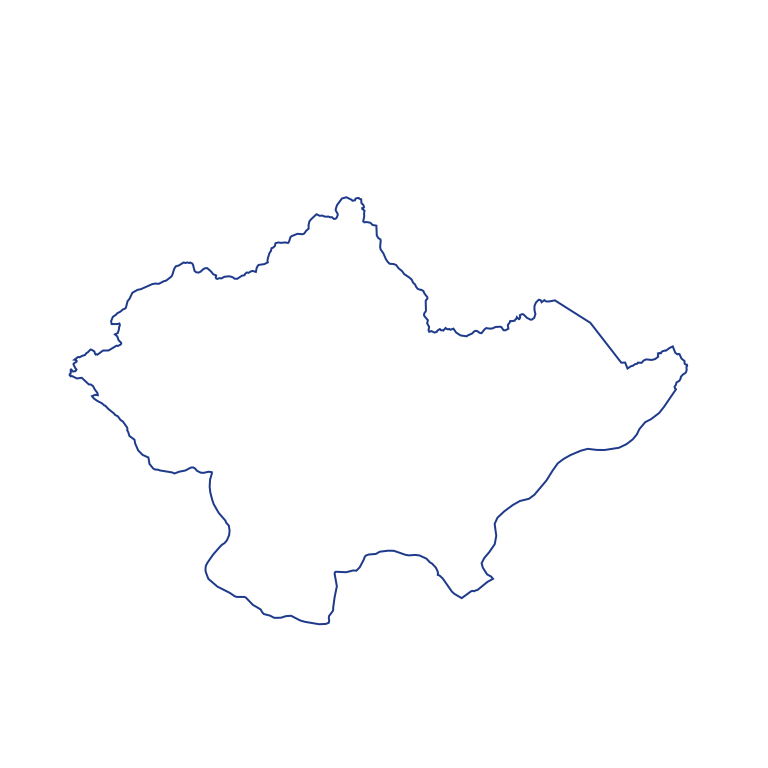 outline of Sela, Anseba, Eritrea, rotated 54°
{"feature_id": "51966322B36323877774800", "entity_name": "Sela", "entity_type": "district", "adm_level": 2, "iso_a3": "ERI", "parent_name": "Eritrea", "parent_adm1": "Anseba", "projection": "orthographic", "projection_center": [37.406, 16.89], "detail": "fine", "context": "isolated", "style": "outline", "palette": "blue", "viewbox_px": 768, "rotation_deg": 54, "n_neighbors": 0, "source": "geoboundaries", "source_scale": "gbopen_adm2", "svg_char_len": 6153}
<svg xmlns="http://www.w3.org/2000/svg" viewBox="0 0 768 768"><g transform="rotate(54 384 384)"><path d="M559.9,150.9L558.2,151.1L556.9,150.4L556.3,148.4L554.7,146.5L555.0,143.1L553.9,140.8L552.6,139.5L552.0,136.1L552.3,134.0L551.7,132.3L550.4,130.8L548.0,129.3L547.4,128.0L546.4,127.6L545.5,128.6L544.1,128.8L542.1,127.4L538.1,128.4L533.6,127.4L532.9,127.8L532.5,129.2L530.0,130.0L523.3,128.3L522.7,131.8L522.7,136.5L522.1,136.9L521.2,139.5L521.2,140.6L521.9,142.0L520.8,143.0L520.3,144.3L521.2,144.5L521.5,145.4L523.1,146.1L523.2,150.0L521.9,153.3L518.2,157.4L517.6,160.2L518.3,163.1L515.9,166.1L516.4,167.1L515.5,169.4L515.5,172.1L514.8,173.7L514.6,177.9L508.4,176.3L506.2,179.5L455.8,181.1L416.8,196.6L414.1,202.2L412.4,204.4L410.4,205.0L410.5,208.4L408.4,208.0L406.8,209.2L407.3,212.9L409.2,216.3L412.6,218.8L416.4,220.4L418.8,223.6L418.8,226.4L418.4,227.4L414.5,229.5L409.8,230.2L408.7,231.1L408.2,233.7L410.2,234.7L411.0,236.3L410.9,236.7L408.0,237.2L409.1,238.7L409.0,239.9L409.6,241.1L408.3,243.6L407.2,244.8L408.2,246.3L409.0,249.1L412.4,250.9L411.9,254.3L410.7,255.7L406.8,255.6L405.9,256.4L403.5,260.1L402.7,263.8L401.3,266.0L398.8,268.5L399.0,271.0L400.2,275.2L399.3,276.3L395.8,277.6L394.6,279.0L394.5,280.8L395.0,282.7L393.9,287.9L394.0,289.1L389.7,293.5L384.8,295.4L380.0,295.3L379.2,298.3L377.8,298.9L377.5,300.0L376.4,300.9L374.9,301.2L375.6,304.7L374.7,305.2L374.1,306.3L372.4,306.5L372.2,309.4L372.8,310.5L372.2,312.8L369.0,314.6L368.4,316.7L366.7,316.4L364.3,313.9L360.2,313.4L358.2,311.0L352.8,311.4L351.6,311.1L350.3,309.5L349.8,307.6L349.0,306.7L341.5,301.6L340.9,300.9L340.6,299.0L339.3,297.9L334.7,298.1L331.9,297.5L329.8,298.4L328.5,299.8L326.7,300.8L324.3,300.9L321.8,300.4L318.9,300.9L315.8,300.2L312.5,301.0L306.9,303.1L303.5,303.0L298.8,304.2L295.0,304.2L292.6,305.7L290.1,308.7L287.6,309.2L284.1,309.1L277.9,307.7L273.0,307.6L270.6,306.4L266.1,302.4L264.9,301.9L262.7,302.8L259.7,302.6L251.4,297.1L248.7,299.7L245.5,300.3L242.9,302.7L241.6,304.9L240.2,305.2L236.7,301.4L234.2,299.8L232.3,297.9L229.5,298.7L228.9,298.2L229.5,297.3L229.2,296.2L227.1,295.5L224.3,295.9L221.2,293.9L219.5,295.1L218.9,295.0L218.0,296.0L217.3,298.0L218.3,299.6L217.2,301.8L216.0,301.9L210.8,304.7L209.2,309.0L211.7,316.9L214.0,320.1L215.2,321.0L219.2,321.5L220.2,322.2L221.7,324.7L221.8,326.1L221.0,327.5L218.4,328.1L217.7,329.3L215.6,330.8L215.1,332.0L213.1,334.0L211.5,334.9L210.1,337.2L207.0,338.8L207.9,346.4L208.7,348.9L211.1,351.6L214.0,353.7L214.3,356.9L215.4,360.1L214.9,362.0L211.7,365.6L210.1,371.6L210.1,373.2L213.0,377.1L213.5,378.7L211.2,381.0L209.2,384.5L207.5,386.1L206.3,389.0L208.2,391.1L208.5,393.7L208.0,395.1L209.9,397.3L210.7,399.6L214.3,404.4L216.0,406.0L217.3,406.5L216.7,410.3L214.0,415.4L214.1,416.5L215.3,418.8L218.0,421.8L215.3,423.8L214.6,425.8L214.5,428.2L213.1,429.5L213.3,431.7L214.0,433.0L212.9,435.1L212.6,441.0L210.8,443.1L209.4,443.3L206.9,444.9L205.5,446.5L203.4,450.2L203.1,453.3L201.7,454.9L200.9,457.2L200.2,457.7L198.9,457.5L197.5,456.0L195.0,457.6L191.3,457.8L186.4,458.9L185.2,460.6L184.9,462.6L185.3,466.3L184.9,468.5L183.2,470.3L181.1,470.8L175.2,468.4L173.9,468.3L171.9,469.3L171.6,470.5L170.1,471.6L169.4,473.5L167.9,474.7L167.5,480.4L166.4,483.3L167.5,486.0L171.5,491.4L172.1,492.8L172.3,499.5L171.5,501.4L170.6,507.2L168.2,510.2L167.0,512.7L164.3,525.2L163.0,527.9L162.4,533.0L162.3,534.0L165.4,539.6L166.3,542.8L170.6,548.0L170.8,549.4L170.2,551.2L170.5,554.7L170.0,558.1L170.4,560.3L170.3,563.9L172.8,567.9L175.4,569.1L178.7,564.6L179.5,562.5L179.9,562.6L181.3,563.2L182.0,564.5L184.1,566.5L186.3,569.4L185.7,572.5L188.7,571.8L192.7,573.0L196.1,572.4L196.9,572.9L197.3,574.0L196.8,577.0L195.8,577.8L195.0,587.1L191.8,591.6L191.8,598.6L191.0,599.0L190.8,599.9L189.3,599.9L187.5,599.2L185.0,600.1L183.6,601.2L184.3,605.2L184.1,606.7L184.8,608.9L183.9,611.4L183.4,614.7L182.6,615.2L182.3,616.0L182.4,620.2L183.7,619.0L184.8,619.1L185.3,619.9L185.0,622.5L185.4,623.6L189.5,624.4L191.6,624.3L192.2,626.1L191.2,628.2L188.3,628.6L188.4,629.2L191.0,630.9L191.4,632.6L192.0,633.1L193.7,632.9L193.6,632.1L199.0,629.2L201.3,624.9L210.9,623.0L212.0,621.5L214.8,620.6L218.5,621.2L222.7,621.1L224.8,622.1L223.0,624.0L222.2,627.4L225.3,627.2L229.4,625.8L233.6,623.6L236.9,622.9L237.9,622.2L242.1,621.7L249.4,619.7L250.7,619.8L253.8,618.3L258.4,618.3L260.8,617.3L268.2,617.4L269.6,618.0L270.5,619.0L272.2,619.1L276.4,620.5L282.4,618.6L285.9,620.3L293.2,621.9L299.4,621.0L305.0,617.8L310.8,620.7L316.7,620.4L318.6,619.5L320.4,617.3L322.2,616.1L331.0,607.4L333.3,606.0L334.5,601.4L337.2,595.6L338.1,589.4L339.4,587.3L341.5,586.5L344.4,586.3L348.1,584.3L350.0,581.9L351.8,577.6L354.0,575.2L355.0,575.6L359.1,580.9L364.6,585.4L369.5,588.2L376.6,591.0L381.0,592.4L391.3,593.5L401.3,592.6L403.3,593.2L407.4,592.8L412.0,595.2L415.3,598.2L418.2,603.1L419.0,606.6L418.8,609.7L419.4,613.1L421.6,622.7L424.8,631.8L426.4,635.1L429.4,637.7L431.9,638.9L438.4,640.6L449.9,637.9L462.4,631.5L467.8,629.6L469.6,628.4L474.2,622.1L475.6,621.3L485.6,619.9L493.9,616.3L497.3,616.7L499.5,616.4L504.5,612.3L508.6,610.3L512.5,604.8L514.1,599.9L516.9,595.4L526.2,590.7L530.0,587.7L540.2,577.7L543.9,572.1L544.7,569.0L543.2,567.4L541.0,566.3L539.4,564.8L537.7,559.2L536.7,557.7L535.4,556.9L527.3,549.1L519.9,541.0L508.5,535.5L507.5,534.4L507.6,533.3L514.0,525.3L516.7,518.6L518.8,516.0L518.0,511.3L514.1,503.4L512.7,501.5L512.1,499.7L513.0,496.5L516.7,490.5L517.2,486.0L521.3,478.6L524.8,474.0L535.0,466.9L537.2,464.7L540.5,459.4L543.5,456.1L550.3,452.3L555.3,451.7L557.4,450.7L562.8,450.0L566.6,450.6L568.4,451.3L570.1,452.7L571.4,451.7L575.8,450.8L591.8,451.1L595.2,450.4L602.9,447.0L602.9,435.4L603.2,434.2L604.7,432.8L604.8,431.3L605.6,429.5L604.9,416.6L605.7,410.3L602.8,410.5L598.6,412.5L590.7,412.0L586.4,410.4L583.7,405.2L582.0,398.0L578.7,388.6L572.8,382.4L562.2,376.7L558.9,370.9L557.7,361.6L557.6,351.2L558.5,342.9L562.1,334.1L562.0,327.4L557.5,309.2L553.1,298.3L550.3,290.0L550.2,282.7L551.1,274.9L553.6,264.1L556.2,257.3L562.4,250.6L567.0,244.4L573.7,231.4L575.2,223.1L575.0,215.3L573.4,209.1L570.6,203.9L568.4,195.1L569.4,188.9L569.2,178.5L567.0,170.7L559.9,150.9Z" fill="none" stroke="#1e3a8a" stroke-width="2"/></g></svg>